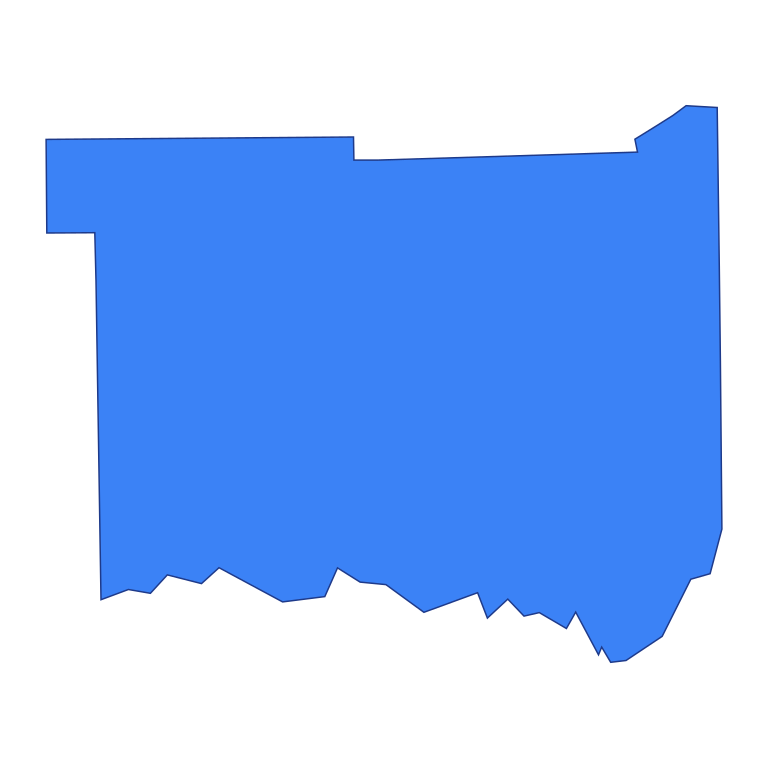 outline of Jackson, Indiana, United States of America
{"feature_id": "52423323B62706448610818", "entity_name": "Jackson", "entity_type": "district", "adm_level": 2, "iso_a3": "USA", "parent_name": "United States of America", "parent_adm1": "Indiana", "projection": "natural_earth1", "projection_center": [-86.009, 38.897], "detail": "fine", "context": "isolated", "style": "filled", "palette": "blue", "viewbox_px": 768, "rotation_deg": 0, "n_neighbors": 0, "source": "geoboundaries", "source_scale": "gbopen_adm2", "svg_char_len": 644}
<svg xmlns="http://www.w3.org/2000/svg" viewBox="0 0 768 768"><path d="M353.5,137.0L46.1,139.4L46.8,233.0L94.8,232.7L96.0,281.0L101.0,599.7L128.4,589.5L150.4,593.3L167.3,574.9L201.5,583.6L219.0,567.7L282.6,601.9L324.8,596.6L337.5,567.9L360.1,582.1L385.9,584.6L423.9,612.3L477.6,592.7L487.4,618.1L507.8,599.1L524.0,616.1L539.3,612.6L566.4,628.5L575.7,612.1L598.5,654.8L601.7,647.1L610.7,662.3L626.0,660.5L662.2,636.3L690.8,579.2L710.1,573.7L721.9,529.1L720.4,361.9L719.3,267.0L717.2,107.5L686.1,105.7L673.0,115.4L654.6,127.0L634.9,139.2L637.5,152.1L377.4,160.1L353.9,160.1L353.5,137.0Z" fill="#3b82f6" stroke="#1e3a8a" stroke-width="1.5"/></svg>